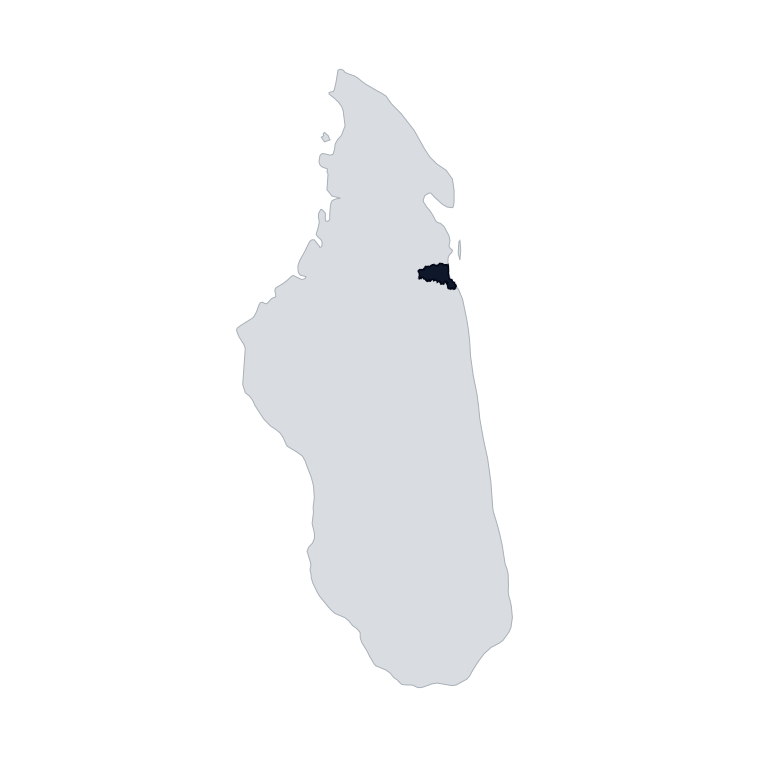 location of Fenerive Est, Analanjirofo, Madagascar, rotated 334°
{"feature_id": "10022922B92224420422748", "entity_name": "Fenerive Est", "entity_type": "district", "adm_level": 2, "iso_a3": "MDG", "parent_name": "Madagascar", "parent_adm1": "Analanjirofo", "projection": "albers", "projection_center": [49.228, -17.25], "detail": "fine", "context": "in_parent", "style": "filled", "palette": "ink", "viewbox_px": 768, "rotation_deg": 334, "n_neighbors": 0, "source": "geoboundaries", "source_scale": "gbopen_adm2", "svg_char_len": 8202}
<svg xmlns="http://www.w3.org/2000/svg" viewBox="0 0 768 768"><g transform="rotate(334 384 384)"><path d="M494.7,97.6L496.7,102.2L499.1,106.7L506.4,117.6L509.5,121.8L512.1,126.2L513.4,135.1L518.0,148.8L522.3,169.5L523.5,190.7L524.8,200.5L528.1,209.7L533.6,219.2L535.3,229.8L531.9,240.7L526.9,250.9L525.7,252.8L523.4,255.5L522.3,255.3L518.4,252.7L515.3,248.3L511.3,238.1L509.8,232.9L508.1,232.1L503.4,232.5L499.9,235.7L499.3,237.8L500.0,243.5L501.3,248.7L501.9,254.0L502.0,260.6L503.2,262.6L505.1,264.3L507.0,268.6L507.4,279.0L506.1,284.2L502.8,288.6L503.0,291.1L504.2,293.7L503.0,295.2L498.6,297.1L496.8,298.9L494.4,303.4L490.6,312.7L490.0,317.5L492.4,331.9L491.8,342.2L486.8,361.8L484.0,371.1L480.1,382.2L474.0,396.9L468.0,415.2L463.0,434.2L459.2,445.6L455.0,456.8L449.3,476.6L444.4,496.6L437.2,518.7L427.3,543.4L426.3,546.6L424.3,559.2L422.1,570.1L419.5,580.9L414.0,598.7L413.4,604.2L412.2,609.5L407.0,620.7L404.7,624.8L403.2,629.2L402.3,634.8L400.8,640.2L397.0,650.2L391.2,658.7L387.3,661.9L378.8,666.5L374.4,667.4L364.8,667.7L355.5,670.4L345.8,675.5L336.6,681.3L333.0,684.0L329.1,685.6L316.8,686.2L313.1,685.0L300.5,676.0L295.7,674.6L286.6,673.6L283.8,672.9L281.3,671.7L277.5,667.0L270.1,663.1L268.3,661.8L267.1,659.0L266.3,656.0L264.3,652.7L262.7,646.2L260.2,641.7L253.2,633.9L252.4,631.4L251.7,622.9L251.7,617.1L250.7,606.6L251.4,601.6L253.6,597.1L252.5,592.2L249.8,587.2L248.7,582.0L246.7,577.2L239.4,568.8L237.6,564.6L236.3,560.2L233.1,546.6L232.7,541.8L232.8,531.7L233.6,526.4L235.2,522.7L235.6,520.0L236.6,517.7L238.3,515.7L239.4,513.5L241.6,500.4L245.0,497.5L249.9,495.7L253.9,492.2L256.1,487.5L258.2,478.0L264.3,468.5L266.4,463.5L271.4,455.9L275.7,445.4L276.9,440.4L277.8,435.3L278.7,424.2L279.4,418.6L279.1,413.2L276.3,407.6L269.8,397.6L269.6,395.7L269.9,388.1L269.2,382.6L266.7,377.2L263.6,372.1L260.5,362.6L258.6,346.7L258.8,341.0L257.8,335.9L255.5,331.1L256.8,322.5L274.9,291.2L275.4,287.5L274.4,278.1L274.7,272.6L275.3,270.6L276.7,269.4L280.0,268.7L295.3,267.0L297.3,266.0L301.0,263.3L306.2,258.2L308.6,256.7L310.7,257.2L312.1,259.3L313.8,260.5L320.0,258.1L322.4,257.9L324.8,258.3L325.9,256.2L326.5,253.3L327.4,251.3L329.0,250.2L337.0,249.4L342.1,248.5L348.7,246.5L350.1,246.8L355.6,253.8L357.2,254.4L359.3,254.6L361.0,253.3L356.7,249.7L356.0,247.6L356.2,245.2L358.4,240.1L362.2,236.2L370.8,230.2L379.7,223.3L382.3,222.8L384.5,223.8L386.3,231.8L386.1,233.1L387.5,233.3L389.1,232.3L390.6,229.0L390.6,226.4L389.4,223.8L388.8,221.6L388.7,219.6L393.2,214.8L396.8,210.2L398.4,204.8L399.8,202.3L403.5,199.4L404.6,199.9L405.5,202.2L406.1,204.6L405.1,207.0L403.7,209.4L403.2,212.5L405.4,213.1L407.4,212.3L410.2,206.6L413.6,201.1L415.5,198.3L418.0,196.3L422.2,196.7L426.3,197.9L419.6,192.2L417.9,184.4L425.7,170.8L425.8,168.0L426.9,167.1L427.4,166.0L423.3,161.5L422.5,159.2L423.0,155.8L425.0,152.7L426.7,150.6L429.3,149.7L431.3,150.9L435.7,154.6L438.7,155.2L442.3,151.6L445.2,147.0L449.6,143.9L454.6,142.0L462.2,134.9L467.2,120.1L467.6,115.7L466.5,110.5L464.7,105.5L461.7,99.3L462.5,97.9L466.7,98.8L468.1,97.9L472.7,92.4L480.2,81.8L482.7,81.9L484.8,83.8L485.6,86.7L487.1,88.8L492.2,93.8L494.7,97.6ZM442.4,139.3L442.5,140.9L436.7,140.3L435.8,134.7L438.6,134.5L439.2,132.2L440.9,131.9L442.8,136.8L442.4,139.3ZM511.5,297.6L506.6,305.8L508.0,299.0L513.6,289.1L515.2,288.3L511.5,297.6Z" fill="#d9dde1" stroke="#a8b0b8" stroke-width="1"/><path d="M491.6,328.0L491.7,327.6L492.0,325.9L491.9,325.8L491.7,325.9L491.4,325.8L491.3,325.5L491.3,325.0L491.3,324.5L491.4,324.2L491.6,323.8L491.8,323.6L491.5,323.4L491.4,323.4L491.1,323.2L490.9,323.0L490.8,322.5L490.5,322.3L490.4,322.1L490.5,321.6L490.7,320.5L490.7,320.4L490.5,320.5L490.3,320.4L490.2,320.2L490.1,319.6L489.9,319.4L489.7,319.4L489.3,319.0L489.2,319.0L489.0,318.6L488.9,317.9L489.1,316.8L489.4,315.8L490.2,313.3L490.6,312.4L490.9,311.8L491.3,311.3L491.5,310.8L491.7,310.3L492.0,309.7L492.4,308.8L492.9,307.7L493.1,307.1L493.4,306.4L493.5,306.2L493.7,305.4L493.3,305.7L493.0,305.7L492.9,305.3L492.9,305.2L492.9,304.9L492.5,304.9L492.6,304.6L492.7,304.2L491.9,303.9L491.7,303.9L491.3,303.8L491.1,303.6L490.9,303.6L490.7,303.4L490.5,303.5L490.3,303.5L490.1,303.4L489.7,303.4L489.6,303.5L489.5,303.4L489.7,303.0L489.4,302.7L489.6,302.0L489.5,301.6L488.9,301.4L488.0,300.6L487.2,300.5L487.2,300.4L487.1,300.2L486.8,300.2L486.7,300.1L486.4,300.3L485.8,300.6L485.7,300.7L485.4,300.6L485.2,300.5L484.9,300.8L484.6,300.8L484.3,301.1L484.2,301.1L483.9,301.1L483.5,301.3L483.4,301.3L483.0,301.0L483.0,300.9L483.1,300.5L482.9,300.5L482.7,300.4L482.4,300.0L482.4,299.9L482.2,299.7L481.9,299.6L481.8,299.4L481.6,299.4L481.5,299.2L481.4,299.2L481.2,298.9L481.2,298.5L480.9,298.6L480.7,298.5L480.3,298.5L480.2,298.3L479.9,298.1L479.8,298.3L479.5,298.1L479.4,298.1L478.8,298.3L478.4,298.1L478.1,298.1L478.0,298.3L477.8,298.3L477.7,298.5L477.4,298.7L476.8,298.5L475.9,298.1L475.3,297.6L474.0,297.3L473.8,297.1L473.3,296.9L473.2,296.7L472.8,296.5L472.4,296.7L472.2,297.0L471.6,297.5L471.4,297.8L471.1,297.8L470.9,297.7L470.6,297.7L470.5,297.9L470.3,297.9L470.2,298.2L469.9,298.5L470.0,298.9L469.9,298.9L469.6,299.0L469.4,298.9L469.5,298.7L469.3,298.5L469.2,298.5L469.0,298.4L469.0,298.2L468.9,298.2L468.6,298.3L468.5,298.2L468.3,298.4L468.1,298.3L468.0,298.2L467.9,298.0L467.8,297.8L467.6,297.5L467.3,297.8L467.1,297.9L466.9,297.7L466.4,297.3L466.3,297.0L466.0,297.1L465.9,297.0L465.7,297.2L465.2,297.0L464.9,297.1L464.6,297.2L464.5,297.3L464.4,297.4L464.5,297.5L464.3,297.8L464.3,298.0L464.2,298.2L464.1,298.3L464.2,298.5L464.4,298.6L464.3,298.8L464.4,299.4L464.3,299.8L464.2,299.9L464.3,300.2L463.8,300.9L463.8,301.3L463.7,301.5L463.8,301.7L463.8,301.9L463.6,302.0L463.4,302.2L463.2,302.3L462.8,302.7L462.9,302.8L462.7,303.1L462.7,303.3L462.4,303.3L462.3,303.5L462.5,303.7L462.5,303.9L462.3,304.3L462.2,304.3L462.3,304.4L462.2,304.7L462.2,304.9L462.1,305.0L462.5,305.1L462.7,304.9L462.9,304.7L463.4,304.5L463.5,304.5L463.6,304.8L463.9,304.8L463.9,305.2L464.2,305.0L464.6,305.0L465.1,304.9L465.3,304.9L465.5,304.7L465.8,304.7L465.9,304.9L465.8,306.5L465.9,307.0L466.3,307.3L466.6,307.2L466.8,307.5L467.2,307.5L467.2,307.8L467.1,308.3L467.1,309.2L467.3,309.5L467.5,309.8L467.8,309.5L468.0,309.6L468.3,309.7L468.3,309.8L468.1,310.0L468.1,310.3L467.8,310.6L468.1,310.9L468.6,310.9L468.8,310.8L469.2,310.9L469.5,310.5L469.8,310.4L469.9,310.1L470.3,310.1L470.7,309.9L470.8,310.0L470.5,310.4L470.2,310.9L470.3,311.3L470.3,311.8L470.6,311.9L470.8,311.8L471.1,311.6L471.3,311.3L471.5,311.5L471.9,311.4L472.1,311.2L472.3,311.2L472.5,311.1L472.8,311.0L473.0,311.1L473.5,311.0L473.8,311.3L474.0,311.4L474.0,311.6L474.1,311.8L474.1,312.2L474.0,312.4L474.1,312.6L473.9,312.8L473.9,313.0L474.4,313.0L474.7,312.7L475.1,312.5L475.6,312.3L475.5,313.0L476.0,313.5L476.4,314.1L476.8,314.4L476.7,315.7L476.6,315.9L477.4,315.8L477.9,315.6L478.0,315.7L478.4,315.7L478.6,315.5L478.8,315.5L479.0,315.7L479.3,315.9L479.4,316.2L479.3,316.3L479.0,316.2L479.0,316.3L479.0,316.8L478.8,317.0L478.8,317.4L478.9,317.7L479.2,317.7L479.5,317.9L479.5,318.2L479.4,318.4L478.9,319.0L479.5,319.4L480.2,319.4L480.5,319.6L480.8,319.7L480.9,319.9L481.1,319.9L481.1,320.1L481.5,320.1L481.6,320.3L481.9,320.1L481.8,319.8L482.0,319.7L482.4,319.0L482.8,318.4L483.1,318.3L483.4,318.5L483.5,318.6L483.6,319.0L483.8,319.2L484.3,318.8L484.6,318.9L484.9,319.2L485.1,319.2L485.0,319.4L485.4,319.4L485.5,319.6L485.5,319.8L485.0,319.9L484.4,320.1L484.5,320.4L484.8,320.6L484.8,321.0L484.7,321.1L484.2,320.9L484.2,321.5L484.7,321.8L484.9,321.9L485.2,321.8L484.9,322.2L484.8,322.5L484.5,322.8L484.4,323.2L484.1,323.9L483.6,325.8L483.7,326.5L484.5,326.7L484.5,326.9L484.9,327.2L485.0,327.4L485.1,327.2L485.2,326.8L485.3,326.8L485.5,327.3L485.8,327.3L485.8,327.5L486.1,327.7L486.2,327.9L486.5,327.7L486.6,327.8L486.8,327.8L486.9,327.6L487.1,327.5L487.2,327.9L487.1,328.1L487.1,328.3L487.2,328.1L487.3,328.1L487.4,328.3L487.5,328.1L488.2,328.2L488.3,328.4L488.2,328.8L488.4,328.7L488.4,329.0L488.5,329.0L488.9,329.1L488.7,329.2L488.7,329.3L488.8,329.5L488.8,329.4L489.0,329.5L489.1,329.4L489.1,329.6L489.4,329.6L489.5,329.5L489.6,329.4L489.7,328.7L490.0,328.7L490.4,328.5L490.5,328.6L490.6,328.2L490.8,327.9L490.9,328.0L491.0,328.1L491.3,328.0L491.6,328.0Z" fill="#0f172a" stroke="#020617" stroke-width="1.5"/></g></svg>